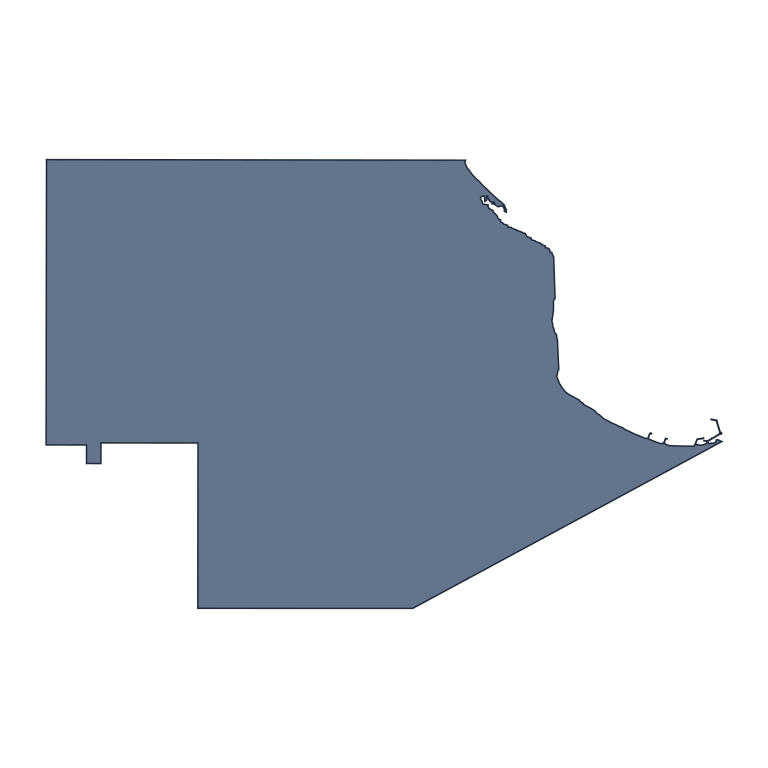 77, Madinat ach Shamal, Qatar
{"feature_id": "91078587B75856753740390", "entity_name": "77", "entity_type": "district", "adm_level": 2, "iso_a3": "QAT", "parent_name": "Qatar", "parent_adm1": "Madinat ach Shamal", "projection": "albers", "projection_center": [51.407, 25.968], "detail": "fine", "context": "isolated", "style": "filled", "palette": "slate", "viewbox_px": 768, "rotation_deg": 0, "n_neighbors": 0, "source": "geoboundaries", "source_scale": "gbopen_adm2", "svg_char_len": 2996}
<svg xmlns="http://www.w3.org/2000/svg" viewBox="0 0 768 768"><path d="M410.1,608.4L412.7,608.4L672.9,468.0L721.9,441.5L720.3,441.0L718.3,439.8L716.2,439.9L715.9,442.1L714.4,442.8L713.4,443.2L711.1,443.1L708.8,443.7L707.9,442.6L707.6,441.5L720.2,434.0L721.0,434.2L721.5,433.9L721.7,433.0L721.3,432.5L720.4,432.7L716.9,421.2L717.0,420.3L711.2,419.1L711.1,419.6L716.3,420.7L719.7,432.0L720.0,433.4L718.2,434.7L712.6,438.1L711.9,438.0L711.7,438.6L706.8,441.2L706.2,440.7L704.0,440.6L703.9,440.9L704.4,441.0L706.2,441.1L707.3,442.6L706.3,443.4L704.5,444.4L702.2,445.0L699.8,445.2L697.3,444.5L696.3,444.8L695.7,444.7L695.4,444.4L696.4,441.6L696.7,440.9L697.3,439.6L697.6,439.3L703.1,438.6L703.6,438.6L703.7,438.3L703.5,437.9L703.0,438.2L701.8,438.4L699.3,438.7L698.0,438.9L697.2,439.1L694.5,445.4L693.7,446.2L683.1,446.1L672.4,445.8L669.6,445.6L667.1,444.9L665.6,444.2L664.3,442.6L665.6,439.0L667.0,439.0L667.1,438.7L665.8,438.6L665.5,438.4L664.0,442.4L663.0,442.9L662.7,443.8L658.4,443.0L649.8,439.5L648.2,438.4L649.3,435.2L650.1,433.7L650.5,433.6L650.8,433.8L651.4,433.9L651.5,433.3L650.3,433.0L649.8,433.4L649.3,434.4L647.7,438.5L645.4,438.4L642.8,437.3L639.4,435.9L637.5,435.1L634.1,433.8L633.2,433.4L627.8,430.7L624.9,429.5L623.4,428.1L619.9,426.6L618.9,426.4L616.1,424.8L614.2,424.0L610.3,422.4L609.5,421.6L606.0,419.9L603.9,418.8L601.6,416.8L600.0,415.3L598.9,414.5L596.8,413.4L595.7,411.8L594.7,410.8L591.0,408.4L587.5,406.6L583.6,404.5L583.6,403.8L581.2,402.0L579.8,401.2L579.4,400.1L576.5,398.6L573.3,396.8L571.2,395.8L568.4,394.1L566.6,392.8L565.3,391.7L562.7,388.6L560.9,385.7L560.4,384.7L559.6,383.9L557.2,377.5L556.5,376.7L556.5,375.9L557.2,375.1L558.0,370.4L558.8,369.6L557.4,339.5L556.6,337.1L556.6,334.8L554.2,331.6L554.2,330.0L552.7,326.0L552.7,323.7L551.9,321.3L553.5,310.2L553.5,300.7L555.1,298.3L554.4,277.7L553.7,257.2L551.7,252.4L550.1,252.4L549.8,250.0L548.6,248.4L545.4,247.6L545.4,246.0L542.3,244.8L540.7,243.3L536.0,241.7L535.2,240.9L531.3,239.7L531.3,238.1L526.6,236.5L526.2,234.9L525.0,233.3L522.6,232.9L521.9,232.1L517.1,230.5L516.4,229.7L513.2,228.9L510.8,227.3L507.7,226.9L507.7,225.3L503.8,224.1L502.2,222.5L500.6,222.1L500.6,219.8L498.3,219.0L497.1,215.8L493.2,211.8L492.8,210.2L491.2,209.8L490.4,209.1L488.9,208.6L488.5,207.1L487.7,206.3L488.1,204.7L483.4,204.3L482.6,203.9L482.2,201.5L480.6,199.1L480.6,197.5L481.8,196.4L484.2,196.0L484.9,201.5L486.9,199.9L486.5,196.0L487.3,196.0L489.3,200.7L490.5,201.9L492.0,202.3L492.0,203.9L493.6,203.9L493.6,202.3L494.4,202.3L494.8,204.7L498.1,206.8L502.6,205.7L504.4,209.2L504.2,210.9L505.1,211.8L506.3,212.2L506.4,209.5L505.4,208.3L504.6,205.3L500.9,201.8L497.5,199.2L491.6,193.8L489.7,192.0L487.3,189.6L484.2,186.6L482.2,184.9L479.5,181.7L478.0,180.3L476.7,179.3L472.8,175.3L471.7,173.8L468.3,169.2L466.8,167.2L465.8,165.0L464.8,162.1L465.6,160.2L46.5,159.6L46.1,444.9L86.5,445.0L86.5,463.5L100.9,463.6L101.0,442.9L198.0,443.0L197.8,608.3L313.5,608.4L410.1,608.4Z" fill="#64748b" stroke="#1e293b" stroke-width="1.5"/></svg>